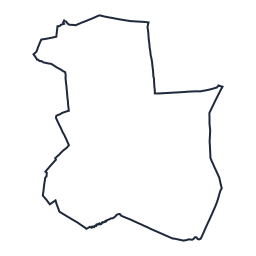 outline of Jaunlaicenes pag., Aluksne, Latvia
{"feature_id": "27541924B93978153905592", "entity_name": "Jaunlaicenes pag.", "entity_type": "district", "adm_level": 2, "iso_a3": "LVA", "parent_name": "Latvia", "parent_adm1": "Aluksne", "projection": "orthographic", "projection_center": [26.875, 57.536], "detail": "fine", "context": "isolated", "style": "outline", "palette": "slate", "viewbox_px": 256, "rotation_deg": 0, "n_neighbors": 0, "source": "geoboundaries", "source_scale": "gbopen_adm2", "svg_char_len": 4940}
<svg xmlns="http://www.w3.org/2000/svg" viewBox="0 0 256 256"><path d="M64.4,21.0L64.1,20.6L63.1,22.5L64.1,23.8L61.9,24.5L60.9,24.7L60.3,25.6L58.9,26.3L57.5,26.2L56.3,36.7L51.3,37.8L50.2,38.0L47.6,38.5L44.9,39.0L43.0,39.3L41.3,39.5L40.6,41.1L40.5,41.3L40.4,41.6L39.8,42.8L39.4,43.9L38.8,45.4L37.9,47.5L37.7,48.3L36.9,50.5L36.4,51.7L34.5,53.5L33.5,54.3L34.9,56.2L35.9,57.6L36.4,58.5L36.9,59.5L37.0,59.5L37.1,59.4L37.3,59.3L37.5,59.4L37.7,59.5L38.0,59.8L38.2,60.0L38.4,60.1L38.6,60.2L38.9,60.3L39.0,60.6L39.5,60.9L40.2,61.1L40.6,61.2L40.9,61.1L41.1,61.0L41.4,61.1L41.8,61.3L42.3,61.6L42.8,62.0L43.1,62.2L43.2,62.3L44.9,62.7L47.7,63.3L51.3,63.9L52.9,64.9L55.1,66.3L56.6,67.3L61.0,69.7L63.2,71.2L65.1,72.1L65.7,74.9L65.6,76.3L65.7,76.9L65.5,77.7L65.6,78.9L66.1,83.9L66.4,85.8L66.7,89.3L67.0,92.4L67.2,94.8L67.5,98.6L67.8,100.4L67.9,100.6L67.9,101.4L68.0,102.6L68.1,104.7L68.3,106.2L68.6,108.7L68.7,109.7L68.8,110.8L68.0,110.9L62.5,112.8L62.0,113.0L60.3,114.1L56.4,115.7L55.9,117.7L58.3,123.0L60.8,128.0L61.9,130.4L62.4,131.7L63.2,133.2L64.0,134.4L66.4,139.5L67.5,142.1L68.9,145.2L68.3,145.9L66.9,147.6L65.1,149.1L63.2,150.5L62.6,151.1L61.7,152.0L60.5,153.1L60.0,153.8L59.8,153.9L59.7,154.1L57.1,156.5L55.2,158.2L55.9,159.7L54.6,161.1L50.5,165.7L46.8,170.0L45.4,171.7L46.8,172.8L46.5,176.4L45.2,177.8L44.9,180.2L44.2,184.4L43.8,187.9L43.6,189.8L43.5,190.7L43.0,194.0L42.8,195.6L46.7,200.1L46.8,200.3L47.2,200.9L49.8,204.3L50.7,203.7L55.5,200.4L56.4,203.3L56.7,204.5L57.2,205.6L58.4,208.9L58.9,210.2L59.1,210.9L59.4,211.7L63.5,214.2L63.8,214.4L71.7,219.1L77.5,222.5L80.6,224.7L84.8,227.5L86.3,228.8L87.5,228.3L89.4,227.1L89.9,226.8L90.2,227.0L91.3,227.6L91.4,227.4L91.7,227.3L91.8,227.3L91.6,226.9L92.1,226.6L92.8,226.9L92.9,227.0L93.3,226.9L93.6,227.0L93.6,226.8L93.5,226.7L94.1,226.7L94.4,226.7L94.5,226.4L94.4,226.1L94.9,225.8L95.4,225.9L95.6,226.0L95.8,226.0L95.7,225.5L95.8,225.4L96.2,225.3L96.5,225.2L96.5,224.6L97.3,224.5L97.4,224.2L97.5,224.2L98.0,224.4L98.5,223.9L98.8,223.7L98.8,223.9L98.8,224.2L98.9,224.3L99.0,224.2L99.4,224.1L99.6,224.0L99.8,224.1L100.0,224.1L100.4,223.9L100.6,223.8L100.7,224.2L101.2,224.1L101.5,223.8L101.9,223.2L101.9,222.8L101.9,222.6L102.2,222.4L102.6,222.4L103.1,222.0L103.4,222.1L103.6,222.3L103.7,222.2L103.8,222.1L104.0,222.1L104.3,222.1L104.6,221.9L104.8,221.9L105.0,221.8L105.1,221.6L105.4,221.5L105.9,221.6L106.0,221.6L106.2,221.4L106.3,221.0L106.3,220.9L106.1,220.8L106.0,220.7L106.8,220.4L107.0,220.2L107.3,220.1L108.1,219.7L108.8,219.5L109.9,219.0L111.0,218.4L112.3,218.3L113.1,218.1L113.8,217.6L115.0,216.7L115.4,216.4L116.3,215.2L116.7,214.8L117.8,214.3L118.4,214.2L118.5,214.2L118.8,214.1L119.1,214.1L119.3,214.1L119.5,214.0L119.8,214.0L121.3,215.8L126.1,217.8L130.4,219.5L135.5,221.9L140.7,224.2L146.5,226.9L147.1,227.1L149.7,228.4L150.5,228.8L152.3,229.6L162.1,233.9L172.8,238.6L173.7,238.5L179.4,239.7L183.6,240.6L183.8,240.6L184.2,240.4L184.3,240.4L185.3,240.3L186.3,240.1L187.2,239.9L188.3,239.5L188.7,239.3L190.1,239.5L191.4,239.7L192.3,239.7L192.8,239.4L193.7,238.8L194.7,237.5L195.1,237.2L196.0,237.2L196.8,237.7L197.1,238.4L197.5,238.8L197.9,239.1L199.1,239.4L200.2,238.9L200.5,238.6L200.8,238.6L202.2,235.6L203.7,232.3L205.2,228.8L207.1,224.6L207.3,224.2L208.0,222.6L209.4,219.7L211.7,214.6L215.3,206.4L215.8,205.1L216.0,204.7L217.1,201.8L217.4,200.6L217.8,199.7L218.3,197.9L218.8,196.0L219.1,194.9L220.4,190.7L220.9,189.8L221.4,188.8L221.8,188.1L221.0,185.5L221.0,184.8L220.6,184.0L220.4,182.7L219.9,180.4L219.7,179.9L219.5,178.7L219.4,177.9L218.5,176.0L215.6,169.6L215.4,169.2L214.7,167.8L213.4,164.8L212.9,163.5L212.7,163.2L212.1,161.9L211.4,160.4L210.8,158.7L210.5,158.2L210.4,157.1L210.4,156.1L210.3,154.3L210.2,151.8L210.1,150.3L209.9,146.0L209.8,143.9L209.6,142.2L209.9,135.9L210.2,130.7L209.6,124.7L209.5,123.7L209.5,120.4L209.5,120.2L209.4,112.9L213.9,103.6L215.4,100.4L216.7,97.9L219.4,92.6L220.1,91.1L221.7,88.2L222.5,86.7L221.4,86.4L220.1,86.1L219.4,85.9L218.6,85.4L216.7,87.6L215.8,87.8L213.4,88.5L211.0,89.2L207.7,90.0L200.6,91.3L198.9,91.3L198.1,91.3L197.7,91.3L193.6,91.4L187.4,91.7L185.5,91.9L179.5,92.3L179.2,92.3L166.9,93.0L163.0,93.2L160.9,93.4L160.2,93.4L158.6,93.5L154.8,93.4L154.8,91.9L154.8,90.5L154.6,88.3L154.4,87.1L154.2,83.5L153.9,78.2L153.8,77.9L153.4,76.6L153.0,70.1L152.8,69.0L152.6,67.0L152.3,64.7L152.2,64.1L152.2,62.9L151.9,61.2L151.4,58.2L150.8,55.8L150.6,54.7L150.2,50.7L149.6,47.3L149.4,44.1L149.0,41.2L148.9,40.5L148.5,36.3L148.4,34.7L148.3,33.0L148.1,31.4L148.0,30.3L147.8,29.2L147.5,27.0L148.5,22.4L144.1,21.9L140.6,21.7L135.5,21.4L130.5,21.1L128.7,20.8L124.1,20.1L120.1,19.4L119.1,19.3L111.4,17.8L108.8,17.4L103.9,16.4L102.0,15.9L101.3,15.8L100.4,15.5L99.3,15.4L99.2,15.4L95.7,16.9L95.4,17.1L94.2,17.6L92.3,18.4L91.5,18.8L89.3,19.6L85.8,21.1L84.4,21.6L81.5,22.7L79.5,23.6L76.3,24.9L75.8,25.3L74.6,25.1L73.2,24.9L70.1,24.8L68.5,24.4L67.6,23.4L66.7,22.4L66.2,21.8L66.1,21.6L65.4,21.4L64.4,21.0Z" fill="none" stroke="#1e293b" stroke-width="2"/></svg>